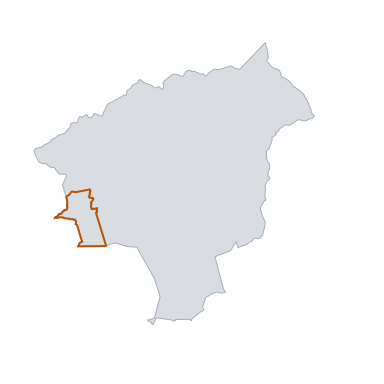 Bolivia, with Tarija highlighted, rotated 73°
{"feature_id": "BOL-1941", "entity_name": "Tarija", "entity_type": "Department", "adm_level": 1, "iso_a3": "BOL", "parent_name": "Bolivia", "parent_adm1": "", "projection": "mercator", "projection_center": [-64.397, -21.882], "detail": "fine", "context": "in_parent", "style": "outline", "palette": "amber", "viewbox_px": 384, "rotation_deg": 73, "n_neighbors": 0, "source": "natural_earth", "source_scale": "10m", "svg_char_len": 6755}
<svg xmlns="http://www.w3.org/2000/svg" viewBox="0 0 384 384"><g transform="rotate(73 192 192)"><path d="M72.3,217.5L71.7,212.6L70.9,211.4L69.6,210.6L69.2,209.7L69.6,208.6L72.1,206.6L73.4,206.3L73.8,205.2L78.2,199.5L79.6,198.3L81.2,197.5L81.8,196.8L81.5,194.7L81.6,193.3L82.1,192.4L85.1,190.8L85.4,190.4L85.3,189.9L84.0,188.8L81.3,187.9L79.6,188.0L77.9,186.5L74.3,177.8L73.8,175.8L73.8,175.0L76.2,170.7L78.8,167.3L78.5,166.5L75.6,163.2L74.7,161.6L75.0,158.1L76.7,157.0L77.5,153.9L78.2,153.4L79.8,151.3L82.0,149.3L82.2,147.0L82.8,146.4L84.7,145.6L84.9,145.0L84.5,143.4L83.5,141.8L82.8,141.0L81.8,136.9L80.8,134.9L81.9,133.0L82.6,131.0L82.8,128.6L82.7,118.2L84.9,115.6L86.1,115.1L87.1,114.2L87.1,112.5L88.6,110.4L70.6,78.4L77.6,78.4L85.3,79.6L86.6,80.3L86.9,81.4L87.8,81.9L89.9,81.6L96.2,78.8L97.1,78.0L99.3,74.9L101.0,73.2L102.6,72.7L105.8,72.4L106.8,72.9L108.1,72.8L109.2,71.1L110.9,69.2L114.3,66.8L116.0,66.1L117.0,65.3L118.8,65.2L120.4,64.3L128.1,58.3L131.3,56.7L134.8,56.1L137.6,55.2L144.4,54.4L148.8,54.0L150.2,54.9L151.8,54.6L153.2,53.3L154.3,52.9L155.1,52.9L156.3,54.5L156.9,56.2L156.5,57.5L156.6,59.4L157.1,61.8L156.8,64.0L154.3,68.0L154.1,69.2L154.2,70.8L155.0,73.5L156.4,77.1L156.6,79.9L155.6,81.6L155.2,83.1L155.2,84.4L155.6,85.3L156.2,85.8L156.5,86.9L156.6,88.4L157.4,89.9L158.9,91.3L159.6,92.7L159.3,94.0L159.4,94.8L159.8,95.1L160.8,94.5L161.3,94.6L162.4,96.5L163.1,98.3L163.3,99.5L166.6,100.6L171.0,104.2L172.9,105.2L174.8,109.1L178.2,110.0L184.6,110.9L187.6,109.7L189.6,109.9L191.7,110.7L196.5,114.0L198.5,114.6L199.9,113.8L201.2,113.5L202.2,113.8L203.2,116.6L206.9,119.7L208.3,120.6L209.9,120.6L216.6,123.4L218.4,123.7L220.2,123.5L221.4,124.0L221.8,125.7L224.9,129.1L226.3,130.4L228.0,131.6L232.3,131.6L233.6,131.9L242.4,130.8L245.7,132.3L253.9,137.1L255.6,140.2L256.0,141.9L255.5,143.5L254.8,144.2L254.6,145.3L254.9,146.9L256.2,148.4L257.3,153.4L258.1,154.4L258.6,164.2L252.4,164.4L253.4,165.3L259.3,172.4L260.6,189.0L293.7,190.2L294.6,190.2L297.0,189.3L297.6,189.3L297.5,193.6L295.1,197.0L294.9,198.1L295.3,202.5L296.2,206.1L296.6,209.4L297.6,210.4L300.4,212.1L304.8,215.3L306.5,215.7L308.0,215.2L308.9,216.5L309.0,218.6L312.9,228.2L313.6,229.5L314.8,230.2L314.6,230.6L313.6,230.8L313.2,231.5L309.0,245.1L310.0,245.1L310.3,247.8L309.0,248.0L308.6,248.6L301.9,262.9L307.4,267.9L306.9,268.8L304.2,269.5L302.7,271.6L301.4,271.9L301.8,268.3L301.4,265.2L300.9,264.4L282.5,253.0L264.0,253.3L233.6,259.9L228.7,260.7L225.4,269.5L218.2,280.5L218.2,291.3L210.6,316.7L208.7,315.1L207.3,312.7L206.9,311.6L206.7,311.6L189.9,311.7L189.0,312.2L187.9,312.2L187.0,311.8L186.1,311.8L184.9,312.3L183.8,313.2L177.9,324.8L177.1,329.0L176.7,329.7L175.8,328.3L172.7,319.8L171.1,316.6L169.2,315.7L163.3,314.0L152.6,313.7L149.2,314.0L147.5,313.8L145.7,312.1L141.7,309.0L140.9,308.0L139.4,307.4L138.5,307.3L137.9,307.9L136.4,312.8L135.5,314.1L130.0,316.1L128.5,316.4L127.7,317.5L127.4,319.1L126.7,320.6L122.9,322.8L122.0,323.7L121.6,325.9L118.8,329.6L111.0,331.1L108.4,331.1L106.6,330.9L104.9,329.6L104.7,327.6L105.0,325.4L104.9,322.4L103.5,318.9L103.6,317.8L103.4,316.1L102.7,312.9L100.9,311.3L100.2,306.3L98.7,303.3L98.5,296.4L93.7,288.8L91.7,288.3L91.2,287.8L91.0,286.7L91.1,283.9L92.7,281.9L87.4,278.2L87.1,277.3L87.1,276.5L88.6,275.0L87.6,273.2L87.7,271.5L87.1,270.8L87.2,270.3L87.8,269.8L90.3,269.3L91.1,267.6L91.2,266.2L90.8,265.3L88.4,262.8L88.4,262.3L93.1,256.2L93.0,255.7L92.5,255.1L89.9,253.2L87.1,250.4L85.1,248.9L83.7,247.4L82.9,246.2L82.7,242.9L81.7,239.6L80.4,231.6L79.3,228.7L80.4,227.1L80.4,226.7L75.9,224.4L75.0,220.7L72.3,217.5Z" fill="#d9dde1" stroke="#a8b0b8" stroke-width="1"/><path d="M210.6,316.8L210.4,316.7L210.3,316.3L210.3,316.1L210.0,315.9L209.2,315.3L208.2,314.8L207.9,314.5L207.8,314.1L207.8,313.4L207.6,313.2L207.7,312.8L207.5,311.9L207.5,311.7L207.2,311.7L206.3,311.5L203.3,311.7L197.0,311.6L190.6,311.6L189.8,311.7L189.5,311.9L188.6,312.7L188.3,312.6L187.5,311.9L187.1,311.7L185.2,311.6L184.7,311.7L184.4,311.8L184.3,312.0L184.1,312.5L184.0,312.9L184.0,313.1L183.8,313.3L183.7,313.3L183.4,313.5L183.2,313.8L182.9,315.0L182.3,316.6L182.1,316.9L181.7,317.1L181.6,317.3L180.1,321.2L179.6,321.9L178.5,322.9L178.3,323.5L177.4,326.7L177.4,328.3L177.2,328.7L176.7,330.4L176.7,330.7L176.4,330.5L176.3,329.5L176.0,329.2L176.2,328.7L176.1,328.1L175.9,327.6L175.4,327.4L175.2,327.2L174.7,326.0L174.5,325.9L174.3,325.8L174.2,325.7L174.1,325.4L174.1,325.1L174.2,324.7L174.3,324.2L174.5,324.0L174.6,323.8L174.7,323.5L173.5,322.4L173.3,322.0L173.1,321.5L173.1,321.3L172.7,321.1L172.6,320.9L172.6,320.7L172.7,320.3L172.7,320.1L172.5,319.8L172.0,319.5L171.8,319.1L172.0,318.6L172.2,318.3L172.4,318.0L172.4,317.7L172.2,317.2L172.0,316.9L171.5,316.3L171.3,316.1L170.9,316.1L170.4,315.8L170.0,315.5L169.6,315.5L169.4,315.4L168.9,315.6L168.7,315.6L167.9,315.4L166.5,314.6L162.7,313.7L159.3,313.8L159.6,313.8L159.6,313.7L159.0,311.1L158.8,310.5L158.8,310.4L158.6,310.3L158.4,309.9L157.9,308.9L157.5,308.4L157.4,308.2L157.2,308.0L157.0,307.9L156.9,307.7L156.7,307.5L156.5,307.3L156.7,306.4L156.8,306.0L157.0,305.8L157.1,305.7L157.2,304.8L157.3,304.6L157.4,304.4L157.7,304.1L158.0,303.6L158.3,302.7L158.4,302.4L158.4,302.2L158.4,301.5L158.4,300.3L159.0,295.9L159.0,295.5L159.0,294.6L159.0,294.4L159.3,293.2L159.6,289.2L159.8,288.8L159.9,288.7L160.1,288.7L160.2,288.8L160.3,288.9L160.4,289.0L160.8,289.1L161.0,289.1L161.3,289.0L161.4,288.9L161.5,288.9L161.6,289.0L161.8,289.1L162.4,289.9L162.5,289.9L162.8,289.9L163.0,290.1L163.4,290.1L163.5,290.0L163.9,290.3L164.0,290.3L164.5,290.3L164.8,290.5L164.9,290.8L165.0,290.9L165.3,291.0L165.5,291.2L165.6,291.3L165.7,291.5L165.8,291.5L166.1,291.7L166.2,291.8L166.3,291.9L166.4,292.0L166.5,292.0L166.8,291.9L167.2,291.8L167.5,291.6L167.7,291.4L167.8,291.1L168.0,290.7L168.0,290.2L168.0,289.9L168.2,289.6L168.5,289.1L168.6,288.8L168.8,288.5L169.0,288.4L169.3,288.4L169.6,288.6L169.8,288.7L170.1,288.7L170.3,288.7L170.4,288.8L170.5,289.2L170.6,289.3L171.0,289.6L171.3,289.8L171.7,290.4L171.8,290.5L172.3,291.6L172.5,291.8L172.9,291.9L173.5,291.7L173.9,291.7L174.1,291.7L174.3,291.7L174.4,291.8L174.6,291.9L175.3,292.5L176.1,292.8L176.4,292.9L177.7,292.8L177.9,292.8L178.5,293.0L178.8,293.0L178.9,292.9L179.0,292.8L179.1,292.7L179.3,292.4L179.3,292.2L179.3,291.7L179.2,291.3L179.2,291.2L179.3,291.0L179.4,290.9L179.4,290.7L179.6,290.5L179.6,290.3L179.7,290.2L179.6,288.8L179.6,288.3L179.6,288.1L179.8,287.6L180.2,287.9L180.4,288.1L180.7,288.1L181.0,288.0L181.4,288.0L181.8,288.1L182.0,288.2L182.1,288.6L182.8,288.7L183.2,288.7L183.3,288.7L183.2,289.0L183.3,289.4L183.7,289.8L184.1,289.9L186.0,289.9L218.2,289.9L218.2,291.4L217.5,293.6L216.9,295.8L216.2,298.3L215.4,300.8L214.7,303.1L213.8,306.2L213.0,308.7L212.2,311.7L211.6,313.6L211.1,315.7L210.6,316.8Z" fill="none" stroke="#b45309" stroke-width="2"/></g></svg>